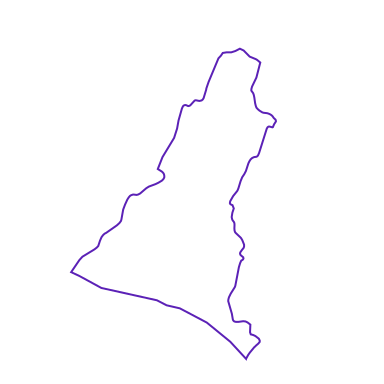 SVG path tracing the border of La Libertad, rotated 13°
{"feature_id": "SLV-1346", "entity_name": "La Libertad", "entity_type": "Department", "adm_level": 1, "iso_a3": "SLV", "parent_name": "El Salvador", "parent_adm1": "", "projection": "robinson", "projection_center": [-89.306, 13.743], "detail": "fine", "context": "isolated", "style": "outline", "palette": "violet", "viewbox_px": 384, "rotation_deg": 13, "n_neighbors": 0, "source": "natural_earth", "source_scale": "10m", "svg_char_len": 2585}
<svg xmlns="http://www.w3.org/2000/svg" viewBox="0 0 384 384"><g transform="rotate(13 192 192)"><path d="M282.2,342.4L263.0,329.3L235.8,315.9L206.3,308.1L192.7,308.1L182.2,305.4L125.3,305.9L100.9,299.1L92.3,297.3L93.4,294.4L97.6,283.6L99.8,279.7L109.9,269.8L111.7,267.6L112.8,265.7L113.3,260.2L114.0,256.4L115.0,254.1L115.9,252.7L116.7,251.8L117.5,251.2L126.3,241.4L128.3,238.5L129.3,236.2L129.4,234.7L128.9,224.6L129.6,219.3L130.7,213.9L131.6,211.4L132.5,209.7L133.3,208.9L135.0,207.8L135.8,207.6L138.7,207.3L140.2,206.5L141.8,205.1L146.6,198.6L148.8,196.4L154.7,192.5L157.2,190.5L160.1,187.7L161.2,185.9L161.7,184.2L161.5,182.9L161.1,181.8L160.6,180.9L159.9,180.1L159.1,179.5L158.1,178.9L153.5,177.3L155.4,164.6L162.4,143.3L163.2,133.5L162.8,125.3L163.4,113.0L163.9,110.5L164.5,109.6L165.3,109.0L166.3,108.7L167.4,108.8L168.4,109.1L169.5,109.0L170.8,108.0L174.0,102.3L174.9,101.8L176.0,101.7L177.3,101.7L178.8,101.6L180.8,100.6L181.7,99.4L182.2,97.9L182.8,89.2L182.7,87.8L183.4,81.1L187.7,55.8L189.5,52.7L190.7,49.6L194.1,48.2L198.8,47.1L202.5,44.9L206.4,41.6L210.5,42.5L217.7,47.1L224.3,48.2L225.6,48.6L229.4,50.5L229.0,66.0L226.8,75.8L226.7,78.3L227.0,79.9L229.4,82.0L230.4,83.6L231.5,86.0L233.5,91.2L234.7,93.6L235.8,95.3L237.5,96.5L239.4,97.5L242.6,98.6L243.9,98.7L247.5,98.3L248.8,98.4L250.0,98.6L251.1,98.9L252.2,99.3L253.5,100.1L255.0,101.5L257.1,102.7L257.7,103.7L257.9,104.4L256.8,107.4L256.3,110.0L256.2,110.6L255.8,110.9L252.8,110.8L251.8,111.1L251.1,111.9L250.6,113.4L248.6,138.9L248.1,141.5L247.6,142.5L246.8,143.2L244.7,144.0L243.9,144.6L243.0,145.3L241.8,147.0L241.0,149.2L240.5,151.4L239.8,159.4L238.9,162.9L237.6,166.3L236.9,170.5L236.4,177.8L236.1,179.8L235.8,180.9L233.0,186.7L231.3,192.4L231.4,194.3L232.1,195.2L233.1,195.5L234.4,195.7L236.4,198.6L236.0,203.1L236.3,207.5L236.8,208.6L237.3,209.6L238.0,210.5L239.5,211.7L240.3,212.8L240.8,214.4L241.5,218.0L242.1,219.9L242.9,221.3L243.7,222.0L249.5,225.4L250.2,225.9L251.9,227.7L254.6,231.6L255.0,233.4L254.9,234.8L253.6,237.5L252.6,240.0L252.7,241.4L253.5,242.5L256.6,244.1L257.1,245.2L256.9,246.2L256.2,247.1L255.4,247.8L254.9,250.4L254.6,254.7L255.3,273.6L255.1,275.1L252.6,282.3L251.7,286.2L251.6,288.4L251.8,290.1L258.2,301.6L260.5,307.1L261.1,307.9L262.0,308.5L263.2,308.7L264.4,308.6L266.7,308.0L270.9,306.4L273.2,306.1L274.7,306.4L275.7,306.7L278.7,308.1L280.1,315.6L281.3,317.5L282.3,317.5L284.0,317.6L286.2,318.1L290.1,319.9L291.4,321.5L291.7,322.8L290.7,324.8L288.8,327.4L288.3,328.3L287.6,329.2L284.5,335.4L283.4,338.1L282.2,342.3L282.2,342.4Z" fill="none" stroke="#5b21b6" stroke-width="2"/></g></svg>